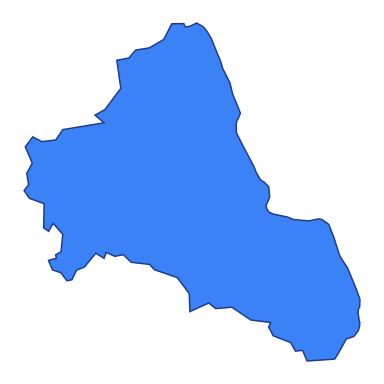 Pehchevo, Pehčevo, North Macedonia (Mercator projection)
{"feature_id": "65306769B44883072269450", "entity_name": "Pehchevo", "entity_type": "district", "adm_level": 2, "iso_a3": "MKD", "parent_name": "North Macedonia", "parent_adm1": "Pehčevo", "projection": "mercator", "projection_center": [22.916, 41.784], "detail": "fine", "context": "isolated", "style": "filled", "palette": "blue", "viewbox_px": 384, "rotation_deg": 0, "n_neighbors": 0, "source": "geoboundaries", "source_scale": "gbopen_adm2", "svg_char_len": 1510}
<svg xmlns="http://www.w3.org/2000/svg" viewBox="0 0 384 384"><path d="M334.7,359.1L337.8,354.2L343.7,343.6L346.2,339.0L353.8,336.5L358.2,330.9L359.5,326.6L359.8,322.2L359.3,321.1L358.1,313.2L358.4,309.1L359.7,306.8L359.9,299.2L356.2,288.9L350.8,275.8L347.5,267.9L340.0,256.4L337.2,248.1L334.0,237.7L328.7,224.3L322.3,219.7L318.7,218.9L308.5,220.9L307.7,220.8L293.4,219.5L287.7,217.1L273.0,214.0L268.8,212.0L266.8,208.7L266.0,205.7L269.7,196.9L268.7,186.7L264.6,182.6L260.7,180.1L256.3,172.7L254.0,166.7L249.8,158.7L244.2,148.2L238.1,136.2L236.4,132.8L236.2,124.2L236.7,121.3L238.3,118.2L240.4,113.3L237.5,105.8L232.7,94.3L230.0,83.1L227.1,77.3L222.7,68.4L220.7,61.6L216.3,51.0L211.5,38.9L206.8,31.0L203.4,27.0L201.0,25.4L196.5,23.0L193.0,24.9L188.3,26.7L185.1,26.8L183.8,23.6L171.8,23.8L163.7,39.5L149.2,47.9L135.6,50.1L128.9,58.0L116.8,60.3L120.8,88.3L105.0,109.5L95.0,115.1L104.0,122.8L62.8,129.6L55.7,140.0L41.7,141.6L32.7,136.9L25.3,146.9L30.2,158.1L32.2,163.4L26.8,173.3L28.6,184.6L24.1,190.6L29.5,198.4L44.1,203.7L43.7,227.9L48.6,231.3L53.2,223.3L62.8,234.4L61.0,251.8L55.6,254.9L56.5,258.2L48.5,260.4L52.5,270.0L60.9,272.7L66.9,280.8L71.9,279.8L76.6,270.1L84.4,267.1L95.8,253.2L104.0,258.3L106.3,252.4L114.7,256.3L123.3,254.7L131.2,262.3L149.5,264.4L154.6,269.8L177.2,277.5L189.2,293.5L189.9,311.6L208.7,303.0L215.7,308.6L231.8,307.2L250.9,320.0L270.7,322.5L268.6,327.1L273.2,335.8L290.6,342.5L295.4,351.1L302.6,350.4L307.1,361.0L334.7,359.1Z" fill="#3b82f6" stroke="#1e3a8a" stroke-width="1.5"/></svg>